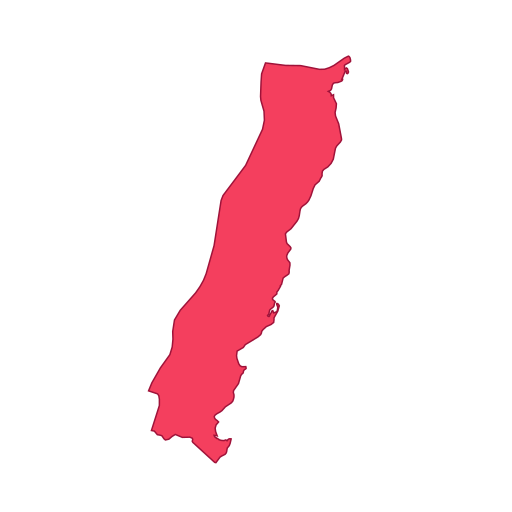 the border of Debubawi Keyih Bahri, rotated 66°
{"feature_id": "ERI-1565", "entity_name": "Debubawi Keyih Bahri", "entity_type": "Region", "adm_level": 1, "iso_a3": "ERI", "parent_name": "Eritrea", "parent_adm1": "", "projection": "albers", "projection_center": [41.929, 13.658], "detail": "fine", "context": "isolated", "style": "filled", "palette": "rose", "viewbox_px": 512, "rotation_deg": 66, "n_neighbors": 0, "source": "natural_earth", "source_scale": "10m", "svg_char_len": 3529}
<svg xmlns="http://www.w3.org/2000/svg" viewBox="0 0 512 512"><g transform="rotate(66 256 256)"><path d="M427.7,377.7L400.6,389.5L399.3,389.6L397.8,388.4L396.6,388.3L394.6,390.1L391.7,397.1L386.2,402.3L386.7,406.1L387.9,410.1L387.2,413.6L385.6,414.4L381.9,415.1L380.8,416.3L379.1,418.8L375.2,419.9L374.6,420.1L372.9,422.5L353.3,405.1L347.5,402.5L344.1,401.6L341.9,402.0L335.5,409.0L329.5,402.7L319.3,388.8L311.1,374.8L305.1,369.6L298.2,365.7L291.1,362.8L281.3,356.5L274.8,347.3L265.1,326.1L261.1,319.5L256.9,313.9L252.0,308.8L242.5,300.9L229.5,290.1L207.8,276.1L191.1,265.3L187.3,261.5L178.6,245.8L169.0,228.6L155.9,213.5L142.9,198.5L135.4,193.1L127.0,189.8L115.7,188.2L112.2,187.0L99.1,180.6L91.9,176.8L83.5,168.8L84.9,166.4L93.9,151.5L100.2,137.8L111.3,122.1L113.3,117.3L113.8,112.5L113.6,107.3L111.2,94.9L111.0,90.9L111.1,90.1L111.3,90.0L112.0,89.7L113.1,89.5L115.4,89.9L116.6,90.4L117.1,91.6L117.5,96.6L117.9,97.7L121.5,99.2L120.9,97.0L122.0,96.3L125.4,96.6L126.2,97.2L126.6,98.3L126.0,99.0L124.0,98.3L123.3,99.2L129.2,105.4L129.2,105.1L129.6,104.9L130.2,105.2L130.9,106.2L131.0,107.2L130.8,110.7L129.8,113.6L129.7,115.0L130.8,116.7L134.0,119.0L135.0,120.5L135.0,123.0L136.3,122.1L137.5,121.6L138.8,121.5L140.2,122.0L140.2,119.6L143.0,120.8L149.6,120.6L153.3,122.6L157.1,125.4L160.5,126.4L168.9,126.7L183.3,130.1L184.7,130.6L186.2,132.6L188.2,137.3L189.8,139.5L195.3,143.4L199.0,146.0L201.9,149.7L203.8,154.1L204.5,158.8L205.5,160.8L207.5,162.1L209.6,163.0L210.5,164.1L211.1,165.1L213.4,167.9L215.0,173.1L217.6,176.2L223.3,181.3L226.5,185.0L227.6,186.9L228.5,189.1L229.4,193.3L230.0,194.8L231.0,196.2L232.7,197.5L236.8,200.1L239.0,201.9L240.8,204.3L245.3,212.9L246.6,218.2L247.7,220.1L255.6,222.5L257.3,222.6L261.3,221.0L262.8,220.8L263.8,221.4L266.2,225.7L268.2,227.8L269.2,228.3L270.9,228.7L272.3,228.7L275.1,228.0L276.0,227.8L278.2,228.7L282.6,231.6L284.2,232.2L285.6,233.2L286.2,235.6L286.6,238.2L287.2,240.2L292.3,244.2L293.1,245.9L293.6,245.9L296.5,249.8L297.3,251.5L297.6,251.7L298.7,252.2L299.1,252.4L299.6,253.9L300.4,256.7L301.2,258.1L302.5,258.5L304.0,257.8L305.3,257.1L305.9,257.2L306.3,258.0L308.4,259.5L309.3,260.3L309.8,261.5L310.5,264.4L311.0,265.5L313.9,267.7L314.4,267.8L314.9,269.6L315.8,269.6L316.6,268.8L316.5,268.3L315.9,267.8L314.1,265.5L313.7,264.7L313.4,264.5L313.0,264.3L312.7,263.8L312.7,262.9L313.1,262.9L314.8,263.0L315.2,262.9L315.3,259.5L313.6,258.1L311.5,256.9L308.8,256.8L307.9,256.4L308.2,255.7L309.3,255.1L311.0,255.0L315.2,258.5L319.8,264.7L321.6,265.5L323.9,266.9L324.7,270.1L324.7,275.3L326.1,279.5L327.2,281.5L328.5,282.3L329.7,283.7L330.7,287.0L332.6,301.8L334.4,304.8L335.1,311.1L335.0,311.6L335.3,312.0L339.1,314.3L341.8,315.1L347.5,315.6L349.8,315.2L351.3,314.0L352.1,312.3L352.9,310.3L354.6,310.7L355.0,311.5L355.1,312.6L355.6,313.8L356.3,314.4L357.1,314.9L357.8,315.6L358.1,316.9L359.1,318.6L365.4,323.9L369.8,331.2L371.4,332.2L373.9,332.6L375.9,333.5L377.6,334.8L379.1,336.2L380.1,338.2L381.3,345.3L383.4,350.0L383.9,352.4L384.2,356.0L384.7,358.1L385.6,359.4L387.4,359.8L389.0,359.3L390.6,358.4L392.4,357.7L394.1,361.2L396.6,363.3L400.0,364.3L404.5,364.6L403.9,365.2L402.8,367.2L404.0,367.3L404.9,367.0L406.2,366.3L406.0,366.2L408.3,364.6L408.7,364.6L410.2,362.9L411.3,361.0L411.7,359.9L411.6,359.0L411.8,358.3L413.0,357.6L412.3,356.3L412.1,355.1L412.4,354.0L413.0,353.1L416.6,355.8L418.3,357.5L419.0,358.8L419.6,360.2L420.9,361.2L422.5,362.2L423.7,363.2L424.6,364.9L424.8,368.8L425.1,370.7L428.5,376.7L427.7,377.7Z" fill="#f43f5e" stroke="#9f1239" stroke-width="1.5"/></g></svg>